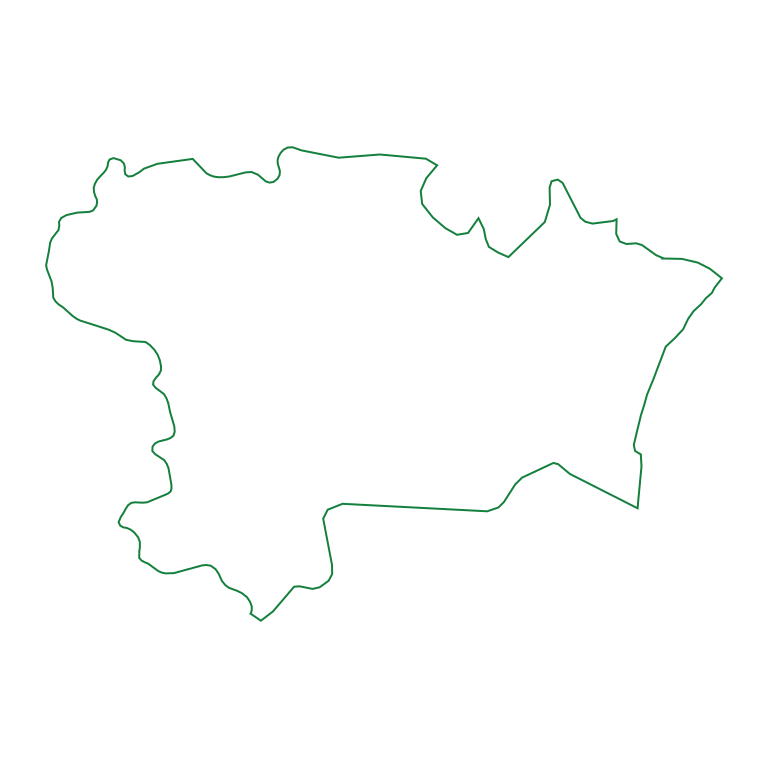 map outline of Aude (Albers equal-area conic projection)
{"feature_id": "FRA-5271", "entity_name": "Aude", "entity_type": "Metropolitan department", "adm_level": 1, "iso_a3": "FRA", "parent_name": "France", "parent_adm1": "", "projection": "albers", "projection_center": [2.266, 43.047], "detail": "fine", "context": "isolated", "style": "outline", "palette": "green", "viewbox_px": 768, "rotation_deg": 0, "n_neighbors": 0, "source": "natural_earth", "source_scale": "10m", "svg_char_len": 2893}
<svg xmlns="http://www.w3.org/2000/svg" viewBox="0 0 768 768"><path d="M721.9,278.3L714.7,287.5L711.9,292.9L706.0,298.1L701.1,304.2L693.6,311.1L688.1,318.9L683.2,329.2L675.2,337.8L665.7,346.7L661.5,357.9L658.0,367.0L653.8,378.2L647.1,394.5L644.0,405.6L641.0,415.0L636.8,432.2L633.8,445.0L635.1,451.0L640.8,454.4L641.5,466.3L638.1,502.3L637.6,508.3L569.8,473.9L558.1,464.1L553.3,463.0L522.1,477.6L515.3,484.3L503.8,502.2L498.4,507.5L487.2,511.3L342.6,503.8L327.7,509.7L323.2,518.7L332.0,564.9L332.2,574.0L328.6,580.8L319.6,587.3L312.6,588.9L299.5,586.3L294.1,586.7L273.0,611.4L260.9,620.7L250.6,613.7L250.9,613.4L251.8,610.0L251.7,606.2L250.0,601.7L247.0,597.2L242.1,593.3L237.4,590.9L228.9,587.8L225.2,585.0L221.9,580.9L218.7,573.8L215.5,569.1L210.7,565.7L206.5,565.0L202.1,565.4L174.0,573.1L165.9,573.4L162.0,572.7L158.3,571.1L148.1,563.6L144.6,562.2L141.5,560.5L139.2,557.8L139.3,551.5L139.9,546.8L139.8,541.8L138.2,537.4L134.3,532.5L130.7,529.7L126.9,528.0L123.1,527.3L120.2,525.6L118.6,522.2L120.8,517.0L123.5,512.9L125.7,508.9L128.1,505.2L131.3,502.9L134.8,502.3L142.7,502.7L147.1,502.3L167.8,493.7L170.7,491.4L171.5,488.2L171.4,484.5L168.5,468.2L166.8,464.0L164.4,460.3L155.0,454.0L152.3,450.9L152.6,446.5L155.2,443.3L158.7,441.5L166.7,439.5L170.3,438.1L173.4,435.8L174.7,431.7L174.3,426.4L170.1,412.0L168.2,403.0L166.5,398.4L164.0,394.1L155.6,387.8L153.1,384.6L153.5,381.3L155.8,377.9L158.8,374.6L160.9,370.6L161.0,366.1L159.7,359.9L157.6,354.7L154.4,349.8L149.8,345.0L145.5,342.0L133.0,341.2L126.1,339.8L115.3,332.7L108.7,329.7L80.0,320.5L76.3,318.6L72.3,315.7L63.1,307.4L59.0,304.7L55.7,301.6L53.3,297.8L52.7,288.1L51.6,281.6L47.0,269.5L46.1,265.3L48.8,251.6L50.2,242.6L51.9,238.5L58.5,230.0L59.3,225.9L59.0,222.0L61.1,218.1L66.4,215.1L77.3,212.6L89.3,211.9L93.0,210.5L96.5,205.7L97.1,202.1L96.8,199.3L95.2,196.0L94.1,192.3L93.7,188.0L94.9,183.8L97.2,179.7L100.2,176.3L103.4,173.1L106.1,169.7L107.6,166.1L108.1,162.4L109.6,159.5L113.5,158.1L120.8,160.3L123.9,163.5L124.9,167.2L124.6,170.9L125.4,174.3L128.3,176.5L132.6,176.0L139.5,172.1L143.9,168.7L157.4,163.8L192.7,158.9L206.5,173.3L210.2,175.3L213.9,176.6L218.1,177.2L223.4,177.2L229.3,176.5L245.5,172.4L251.6,172.0L258.1,174.8L265.8,181.4L269.5,182.6L273.4,182.0L277.7,178.6L279.6,175.0L279.9,171.0L277.7,163.5L277.6,159.9L278.6,156.4L280.7,152.8L283.6,149.7L287.7,147.5L292.7,147.3L301.6,150.4L338.7,157.7L379.9,154.5L425.9,158.7L437.1,165.3L426.3,178.2L420.7,191.0L422.2,204.0L432.9,217.5L445.3,228.1L457.0,234.8L468.0,233.0L478.5,218.2L483.8,229.1L485.7,238.9L488.9,246.9L498.0,252.5L508.4,257.1L544.8,222.0L550.0,204.7L549.6,187.6L551.6,181.2L557.8,179.6L562.6,182.9L580.5,217.8L585.3,221.7L592.5,223.6L613.1,221.0L616.6,219.3L616.2,233.9L619.7,241.5L626.5,244.0L636.0,243.3L641.9,245.0L656.2,255.2L663.2,258.2L662.9,258.5L682.0,258.9L697.8,262.6L709.8,268.7L721.9,278.3Z" fill="none" stroke="#15803d" stroke-width="2"/></svg>